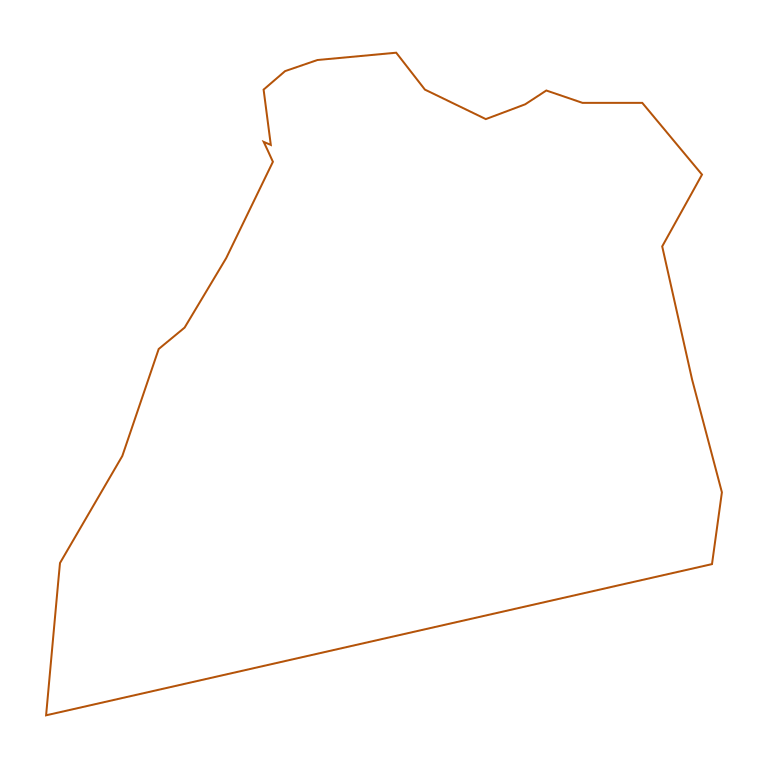 Terre Blanche, Soufrière, Saint Lucia
{"feature_id": "8701671B18283500133998", "entity_name": "Terre Blanche", "entity_type": "district", "adm_level": 2, "iso_a3": "LCA", "parent_name": "Saint Lucia", "parent_adm1": "Soufrière", "projection": "orthographic", "projection_center": [-61.05, 13.842], "detail": "fine", "context": "isolated", "style": "outline", "palette": "amber", "viewbox_px": 768, "rotation_deg": 0, "n_neighbors": 0, "source": "geoboundaries", "source_scale": "gbopen_adm2", "svg_char_len": 502}
<svg xmlns="http://www.w3.org/2000/svg" viewBox="0 0 768 768"><path d="M263.7,141.9L267.8,150.6L272.9,161.8L226.2,258.1L205.4,292.9L184.6,327.6L164.0,344.6L158.7,349.0L124.9,448.4L122.3,456.0L60.0,563.0L58.2,582.1L46.1,715.3L618.6,585.3L712.0,564.1L721.9,492.3L692.1,379.6L662.2,246.4L691.3,194.0L702.0,174.6L642.3,102.9L582.6,102.9L546.3,90.5L525.2,104.3L485.8,119.1L424.9,89.6L396.2,52.7L317.4,60.0L285.1,71.1L263.6,89.6L270.8,144.9L263.7,141.9Z" fill="none" stroke="#b45309" stroke-width="2"/></svg>